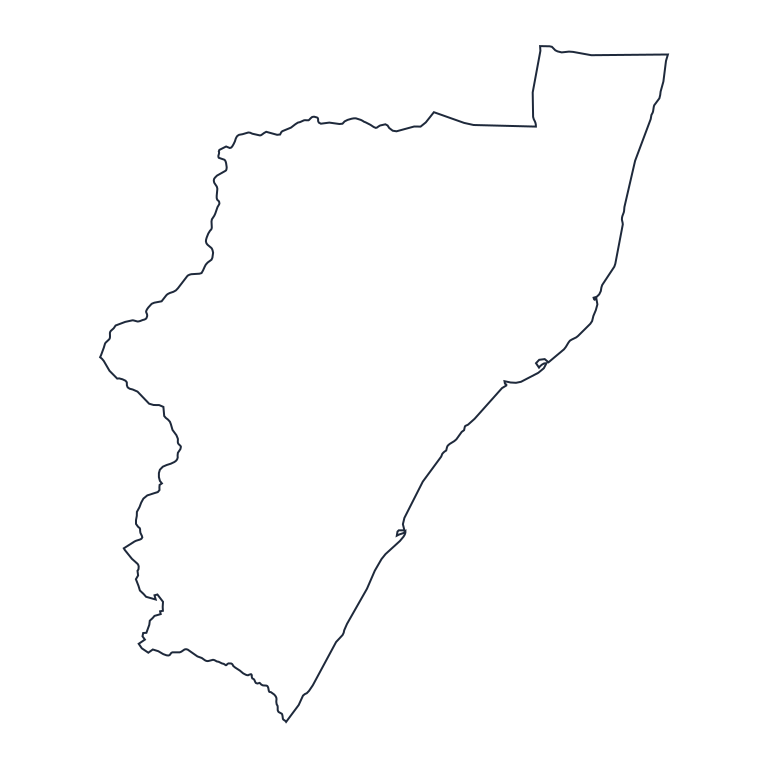 the Province of KwaZulu-Natal
{"feature_id": "ZAF-1216", "entity_name": "KwaZulu-Natal", "entity_type": "Province", "adm_level": 1, "iso_a3": "ZAF", "parent_name": "South Africa", "parent_adm1": "", "projection": "albers", "projection_center": [30.227, -28.943], "detail": "fine", "context": "isolated", "style": "outline", "palette": "slate", "viewbox_px": 768, "rotation_deg": 0, "n_neighbors": 0, "source": "natural_earth", "source_scale": "10m", "svg_char_len": 6110}
<svg xmlns="http://www.w3.org/2000/svg" viewBox="0 0 768 768"><path d="M117.2,378.6L109.5,370.8L103.8,361.0L102.0,358.8L100.1,357.2L101.0,355.3L103.8,347.7L105.0,343.7L105.6,342.7L109.1,339.4L109.6,338.7L109.9,337.8L110.0,336.4L109.9,333.0L110.2,331.9L110.9,330.8L113.7,328.3L115.6,325.5L125.2,321.9L132.5,320.3L133.5,320.4L137.5,321.5L138.7,321.4L140.2,321.0L142.7,320.0L144.3,319.6L145.6,319.0L146.4,318.2L147.1,316.4L147.2,315.2L147.0,314.2L146.3,312.5L146.1,311.8L146.2,311.1L146.9,309.5L148.3,307.5L151.3,304.2L151.9,303.7L154.3,302.7L161.6,301.3L166.3,295.3L167.0,294.6L168.0,293.9L169.8,293.0L173.4,291.8L175.9,290.4L177.9,288.3L187.1,276.3L187.9,275.5L189.5,274.7L191.3,274.2L199.4,273.7L201.5,273.1L203.0,270.5L204.7,266.7L205.8,264.6L207.7,262.5L211.5,259.7L212.4,257.7L213.1,252.7L212.5,250.1L211.8,248.5L211.3,247.9L207.7,244.9L206.7,243.7L206.3,242.9L205.9,241.2L206.1,239.6L206.7,237.5L208.3,233.5L210.1,230.6L211.2,229.5L211.6,228.6L211.8,227.4L211.5,221.5L211.9,219.3L214.3,215.7L215.3,213.5L217.5,207.1L219.1,204.4L219.4,203.5L219.2,202.1L218.9,201.3L217.2,199.7L216.7,198.0L216.7,195.8L217.3,189.5L217.3,188.4L216.8,186.6L214.6,183.3L214.2,182.6L213.8,180.8L213.9,179.8L214.2,178.7L215.1,177.5L217.0,175.6L225.5,170.8L226.1,170.3L226.5,169.1L226.7,167.3L226.1,163.2L225.6,161.4L224.9,160.2L224.3,159.7L218.8,157.8L218.4,156.9L218.4,155.7L219.0,153.6L219.1,152.3L218.8,151.4L219.4,149.9L226.1,146.5L229.8,148.0L231.3,147.5L232.3,146.3L233.5,144.3L234.9,141.4L235.7,138.8L236.2,137.7L237.0,136.3L238.1,135.4L239.1,134.8L242.5,134.2L248.3,132.5L250.1,132.7L252.3,133.7L259.8,135.4L260.7,135.3L261.5,134.9L264.1,133.0L266.2,131.8L277.1,134.8L280.1,134.5L281.2,132.3L282.3,131.2L291.0,127.6L295.4,124.2L297.9,122.6L300.0,122.1L304.0,120.3L305.0,120.2L308.4,120.3L309.1,119.9L310.6,118.3L312.0,117.1L313.1,116.8L314.1,116.7L316.7,117.4L317.4,117.7L317.9,118.3L318.1,119.2L318.1,121.0L318.8,122.6L320.9,123.7L329.3,122.6L339.4,124.0L342.5,123.7L344.6,121.4L347.6,119.9L351.7,118.7L354.1,118.3L355.8,118.3L360.8,119.9L362.4,120.7L364.3,121.9L365.3,122.2L370.4,124.8L373.7,127.0L375.8,127.9L377.1,127.5L378.4,126.5L380.1,125.5L385.4,124.3L387.6,125.5L389.2,128.0L392.7,130.7L396.5,131.3L414.2,126.5L420.6,126.6L425.8,122.4L433.9,112.2L464.1,122.9L473.6,125.0L535.9,126.6L535.8,124.5L535.4,122.7L534.7,121.0L533.8,119.3L533.1,116.9L532.7,92.4L540.4,50.8L540.1,46.1L549.6,46.3L551.9,46.8L555.3,50.3L557.6,51.4L561.7,52.4L569.0,51.6L573.1,51.9L591.3,55.2L667.9,54.5L666.0,60.9L663.4,81.5L660.6,91.6L660.2,95.0L659.4,98.3L654.2,105.3L653.8,106.7L653.1,111.2L652.7,112.6L651.4,115.0L650.7,119.1L635.1,160.8L624.4,207.1L624.1,210.7L623.8,212.3L622.4,216.0L622.0,217.7L621.9,219.7L622.6,222.7L622.8,224.4L615.3,263.8L614.3,266.7L602.2,285.0L601.4,287.5L600.8,291.1L599.2,294.4L596.7,296.8L593.6,297.7L594.1,299.3L594.6,299.7L596.4,298.8L597.4,304.4L595.8,310.2L593.4,315.9L592.1,321.1L590.3,323.8L578.0,336.0L576.2,337.4L571.7,339.6L569.9,340.7L568.5,342.5L565.8,347.0L564.0,349.3L548.5,362.3L544.7,359.1L539.2,359.8L536.0,363.2L539.0,367.6L540.1,366.2L542.0,364.6L544.2,363.4L546.5,363.2L543.8,368.3L538.3,372.8L521.0,381.8L516.0,382.8L510.6,382.5L504.5,381.2L504.9,383.4L505.4,384.1L506.3,384.5L506.3,385.5L502.0,388.1L474.6,418.8L468.0,424.7L465.8,425.7L465.0,426.3L464.7,427.3L464.1,430.1L463.5,430.6L461.7,431.9L456.4,439.3L454.3,441.1L449.6,444.0L447.7,445.7L447.0,447.2L446.2,450.5L444.5,451.6L443.4,452.6L442.3,453.8L441.2,456.6L422.8,481.6L404.4,517.9L402.9,524.2L404.4,530.3L398.8,530.3L397.5,531.6L396.8,535.7L398.9,534.6L403.6,533.0L405.4,531.3L405.4,532.5L405.1,533.6L404.7,534.7L403.5,536.7L399.9,541.0L385.5,554.1L381.5,559.1L374.8,570.7L367.0,588.7L347.0,623.9L344.2,630.3L343.7,632.7L342.6,635.0L336.1,642.0L312.8,685.3L309.0,690.9L306.8,693.2L304.8,694.1L303.0,695.6L298.7,705.0L286.1,721.9L285.6,721.1L283.4,719.6L282.9,718.9L282.5,715.8L282.1,714.2L281.7,713.7L280.8,713.2L278.6,712.0L278.1,711.2L277.7,710.1L277.7,707.0L277.5,705.7L276.7,704.4L276.4,702.6L276.3,701.4L276.5,699.2L276.4,698.0L275.8,696.5L274.3,694.6L271.0,692.2L269.4,691.9L268.8,690.8L268.3,688.0L267.7,686.5L267.1,685.9L266.3,685.6L263.0,685.4L262.1,685.0L261.2,684.5L260.2,683.4L259.6,682.9L257.5,683.5L256.7,683.3L255.8,682.9L255.2,681.9L254.4,680.0L253.7,679.1L252.3,678.4L251.9,677.2L251.7,676.3L251.8,675.3L251.5,674.6L251.0,674.2L249.1,674.7L248.3,675.2L247.2,675.2L245.7,674.7L243.1,673.3L239.9,670.6L235.1,667.5L233.2,665.9L232.8,665.0L232.2,664.1L231.2,663.5L228.6,663.4L227.5,663.9L226.4,665.1L225.8,665.2L223.8,663.9L221.9,663.4L218.7,661.8L216.7,661.4L215.2,660.5L214.0,660.0L213.0,659.8L208.4,661.0L207.5,661.1L206.3,660.9L205.0,660.3L201.8,658.0L197.4,656.4L187.7,649.6L186.1,649.2L185.3,649.3L184.5,649.5L181.3,651.7L179.8,652.3L172.6,652.3L171.8,652.6L171.2,653.0L169.8,654.9L169.1,655.3L168.3,655.5L166.5,655.3L163.2,654.1L158.3,651.2L152.8,649.5L148.3,652.7L141.8,648.3L138.7,643.8L144.9,639.6L142.5,636.3L143.2,633.0L146.4,632.8L149.3,624.8L149.8,620.7L152.7,618.0L154.5,615.9L160.7,614.1L160.1,611.3L162.9,610.8L162.7,606.9L163.0,601.8L157.4,594.5L154.5,595.3L155.7,599.5L146.1,596.8L143.7,594.1L139.9,590.5L138.5,585.9L135.9,579.2L138.1,575.5L137.5,570.8L138.0,570.1L138.5,569.2L138.7,566.6L138.4,565.3L137.7,564.0L131.9,558.8L124.8,550.0L123.8,548.3L134.5,541.5L136.2,540.7L139.8,539.6L141.4,538.8L142.3,537.4L141.9,535.9L140.4,532.8L140.1,530.6L140.1,529.2L139.7,528.1L138.0,526.7L136.0,523.9L136.0,520.1L136.8,515.9L136.9,511.9L139.5,507.1L141.2,502.6L143.4,498.6L147.3,495.4L157.9,492.0L159.5,490.0L159.4,487.4L159.6,484.9L161.9,483.4L159.9,480.9L158.9,477.1L158.9,473.1L159.9,469.7L162.8,466.7L166.7,465.0L170.8,463.7L174.4,462.0L176.0,460.8L177.1,459.4L177.7,457.6L177.6,455.3L177.9,452.8L180.4,449.1L180.9,446.8L180.5,445.9L178.6,444.1L178.0,443.1L177.8,442.0L177.9,439.5L177.8,438.6L176.4,435.2L172.5,429.9L170.9,424.3L169.9,421.7L167.9,419.5L165.8,417.9L164.2,416.0L163.4,406.9L159.2,405.1L153.6,405.0L149.1,403.7L137.5,391.6L132.7,389.5L129.6,388.7L127.7,387.4L126.9,385.4L126.8,382.3L125.5,380.7L122.5,379.3L119.2,378.4L117.2,378.6Z" fill="none" stroke="#1e293b" stroke-width="2"/></svg>